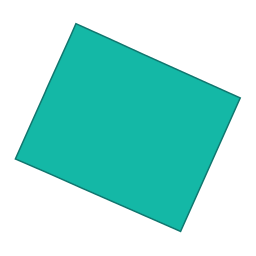 Portage, Ohio, United States of America (Albers equal-area conic projection), rotated 114°
{"feature_id": "52423323B44702428912558", "entity_name": "Portage", "entity_type": "district", "adm_level": 2, "iso_a3": "USA", "parent_name": "United States of America", "parent_adm1": "Ohio", "projection": "albers", "projection_center": [-81.208, 41.168], "detail": "fine", "context": "isolated", "style": "filled", "palette": "teal", "viewbox_px": 256, "rotation_deg": 114, "n_neighbors": 0, "source": "geoboundaries", "source_scale": "gbopen_adm2", "svg_char_len": 408}
<svg xmlns="http://www.w3.org/2000/svg" viewBox="0 0 256 256"><g transform="rotate(114 128 128)"><path d="M54.9,37.7L54.8,73.6L54.5,144.2L54.3,161.9L54.1,179.0L54.0,191.9L54.0,199.5L53.9,218.0L67.4,217.9L125.9,218.3L128.7,218.2L133.2,218.2L170.1,218.3L202.1,218.3L201.7,181.1L201.7,144.9L201.5,111.5L201.5,110.7L201.3,76.0L201.1,37.9L54.9,37.7Z" fill="#14b8a6" stroke="#0f766e" stroke-width="1.5"/></g></svg>